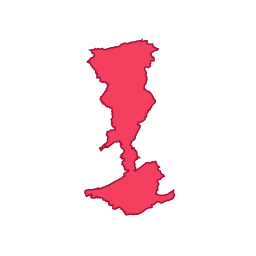 the district of Neiva, Huila, Colombia, rotated 224°
{"feature_id": "7082276B10918286355", "entity_name": "Neiva", "entity_type": "district", "adm_level": 2, "iso_a3": "COL", "parent_name": "Colombia", "parent_adm1": "Huila", "projection": "natural_earth1", "projection_center": [-75.303, 3.004], "detail": "fine", "context": "isolated", "style": "filled", "palette": "rose", "viewbox_px": 256, "rotation_deg": 224, "n_neighbors": 0, "source": "geoboundaries", "source_scale": "gbopen_adm2", "svg_char_len": 5878}
<svg xmlns="http://www.w3.org/2000/svg" viewBox="0 0 256 256"><g transform="rotate(224 128 128)"><path d="M134.1,93.8L131.7,93.0L131.8,95.8L131.4,97.6L131.9,99.2L130.8,98.6L130.2,99.0L130.3,99.7L129.2,100.0L128.0,108.7L125.9,110.7L125.9,111.7L125.2,112.9L124.8,113.0L124.1,111.9L122.8,112.3L122.2,111.5L122.1,112.4L121.0,111.9L120.6,110.1L120.3,109.6L118.4,109.2L117.1,109.6L114.7,109.1L114.8,108.6L114.0,107.6L114.2,103.8L113.8,103.7L113.3,104.5L112.9,104.3L113.3,101.8L111.9,102.2L111.4,101.5L110.6,101.9L110.6,102.5L110.3,102.4L110.3,102.8L109.3,103.3L108.3,102.2L108.6,99.8L107.1,97.6L105.9,98.4L104.9,98.0L104.4,97.3L102.8,97.3L102.3,96.3L100.7,95.7L100.5,96.8L98.8,97.0L98.5,98.0L97.9,97.6L97.7,96.9L99.0,93.9L99.2,92.4L98.6,91.7L96.9,90.9L97.8,89.2L97.6,87.5L98.4,86.2L98.7,84.4L100.3,80.2L102.4,72.6L103.2,71.3L103.9,69.1L104.8,68.0L105.0,67.0L106.9,63.7L107.3,64.2L107.7,64.1L109.2,61.0L111.1,58.5L113.8,55.9L115.0,53.5L115.1,52.9L114.1,51.6L110.6,50.1L109.8,50.8L109.9,51.6L108.8,53.0L108.9,54.3L108.3,55.1L107.4,54.7L106.8,52.4L105.1,52.7L104.4,53.8L103.1,54.6L103.2,55.9L101.8,56.5L102.2,57.2L100.3,57.6L100.1,58.7L99.1,58.7L98.6,59.5L97.3,59.9L96.1,59.0L95.4,59.2L94.1,60.4L92.6,60.0L92.5,60.7L91.7,61.0L91.7,61.4L91.0,61.3L90.5,61.7L90.2,61.1L89.2,60.8L89.2,60.1L88.0,59.6L87.1,59.9L86.7,60.7L86.3,60.6L85.1,62.1L84.5,61.8L83.3,59.7L82.5,59.6L81.2,60.4L80.4,61.8L80.6,62.3L80.3,63.3L79.8,63.3L79.9,64.2L79.3,65.2L77.2,65.3L77.0,65.0L76.4,64.9L76.3,65.3L75.2,65.6L74.6,65.3L74.4,65.6L74.1,65.4L73.8,64.7L73.8,65.3L73.4,65.4L73.2,64.8L71.7,64.8L71.4,65.4L70.4,64.4L69.9,64.6L69.7,64.1L68.7,64.5L67.8,65.8L67.8,66.5L66.7,67.0L65.9,68.2L64.4,69.2L64.1,69.9L63.6,69.9L63.1,71.1L62.4,71.5L62.2,72.2L61.5,72.2L60.9,73.0L61.0,73.6L60.1,75.2L59.0,78.9L58.9,81.4L58.4,83.2L57.0,85.8L55.6,87.3L56.0,88.2L57.6,88.8L56.2,90.9L55.9,93.7L56.1,94.6L54.7,96.3L52.7,96.7L51.6,97.4L50.5,101.0L49.4,103.1L48.6,104.0L46.7,108.2L47.7,111.7L48.5,112.5L50.8,113.1L51.5,114.0L52.0,115.6L52.0,114.0L53.1,110.0L53.3,108.0L55.4,104.6L57.7,102.2L59.3,101.1L62.1,100.0L62.0,100.5L63.6,102.2L64.1,103.3L63.5,103.9L65.4,105.9L66.5,106.6L66.4,108.0L66.8,109.0L68.4,109.7L70.3,109.9L70.3,111.7L69.0,113.6L69.6,115.0L68.4,118.6L70.1,118.8L70.9,118.3L72.8,118.3L75.3,119.5L76.2,118.9L77.7,119.0L78.5,119.3L78.7,120.1L78.1,121.6L78.6,121.8L81.6,121.2L83.0,122.5L84.0,122.5L84.8,123.2L86.0,121.1L87.1,120.7L87.0,120.2L87.4,119.9L87.3,118.9L87.8,118.0L88.9,117.7L90.6,115.6L91.0,114.6L90.8,113.6L91.4,110.9L91.2,109.5L91.6,108.8L92.8,102.6L93.2,102.1L94.0,102.1L94.4,104.4L96.7,105.2L97.7,106.3L97.7,106.6L99.3,107.5L100.4,108.8L100.4,110.2L100.0,111.4L100.4,111.5L99.8,112.1L100.4,112.9L99.2,114.6L101.7,114.3L102.8,115.0L103.2,114.8L103.6,115.5L105.6,117.1L106.5,116.5L107.1,116.7L107.4,117.3L107.9,117.0L109.5,117.4L109.6,117.9L110.1,117.7L110.5,116.8L110.4,115.9L110.8,115.8L111.1,116.5L111.5,116.5L111.6,117.0L112.7,117.2L113.1,117.7L114.7,117.5L115.4,119.9L116.2,120.5L115.4,124.4L115.8,125.6L117.0,127.1L120.1,137.4L120.8,137.9L120.9,137.7L122.4,138.1L122.5,137.6L123.1,137.0L123.9,137.0L123.9,139.6L122.4,141.9L121.8,145.9L123.0,147.2L122.6,148.2L123.0,148.8L123.0,149.9L124.7,150.8L124.7,153.7L125.1,154.4L125.5,154.2L125.9,154.6L125.8,155.3L125.1,155.8L124.8,156.6L125.7,157.2L125.5,159.3L126.4,160.7L126.3,165.6L127.1,166.5L128.5,166.6L128.9,167.1L129.7,166.9L131.1,167.2L131.9,167.9L132.5,167.8L133.1,168.4L134.9,168.4L135.7,168.9L137.0,168.4L137.6,168.8L138.7,168.7L139.6,167.7L142.9,167.8L143.1,167.3L143.6,167.8L144.1,167.7L146.1,170.7L146.0,172.2L147.6,174.8L147.7,175.8L149.5,176.9L149.7,177.7L150.3,177.5L151.1,178.2L152.5,178.5L152.7,180.2L153.9,180.9L156.2,181.3L157.3,182.0L157.7,183.1L157.5,184.5L156.6,185.3L155.2,185.7L154.9,188.2L156.5,189.2L156.5,190.2L157.7,191.1L158.1,192.5L155.9,194.3L157.2,195.9L158.8,196.7L159.1,196.5L159.0,195.9L159.7,195.7L160.5,196.2L162.4,196.6L163.6,198.6L163.0,200.2L162.7,202.3L161.2,203.9L161.0,205.0L161.2,205.9L162.4,205.2L166.8,204.2L168.6,205.5L170.2,203.6L172.9,202.0L174.0,202.8L174.5,204.0L175.0,204.0L175.9,203.2L178.1,199.8L178.7,199.6L179.2,200.7L179.3,199.9L182.2,196.2L182.8,194.5L184.5,192.9L185.0,191.7L185.9,191.0L186.2,189.3L187.4,187.9L189.7,186.5L189.9,184.7L191.0,183.6L190.7,182.0L191.2,180.5L192.6,177.9L193.2,177.8L193.8,177.1L194.7,175.0L195.9,174.1L196.9,171.8L198.0,170.5L198.7,168.5L199.7,167.7L202.0,167.2L202.9,165.1L204.7,164.3L205.0,162.9L206.7,162.5L207.0,160.8L209.3,157.7L207.9,158.1L205.6,156.9L204.4,157.6L203.0,157.3L201.9,154.5L202.8,153.5L203.4,151.9L203.1,151.0L202.7,150.8L203.3,148.5L203.1,147.3L202.2,147.4L201.7,148.3L201.0,148.0L200.6,148.7L197.9,147.3L196.7,147.9L195.5,146.8L193.7,147.4L192.9,146.7L192.1,147.0L190.6,146.5L190.0,145.6L189.6,145.7L189.0,145.1L187.8,145.6L187.5,145.1L187.0,145.2L186.7,144.0L185.4,142.6L184.7,143.2L184.1,143.3L184.0,144.4L183.7,144.6L181.6,143.9L181.2,142.8L180.3,142.2L178.4,143.4L178.2,143.2L176.3,145.2L175.8,145.1L175.2,145.5L175.0,145.1L174.0,145.6L173.1,145.1L172.8,145.5L172.3,145.3L171.9,145.0L171.9,144.1L171.5,143.9L170.8,141.3L169.3,139.7L169.9,139.1L169.8,138.1L169.3,136.9L169.3,135.0L168.6,133.1L169.2,131.6L168.5,131.2L168.3,129.6L167.6,129.7L167.1,129.0L166.3,129.3L165.3,128.5L165.0,128.8L164.5,128.4L164.0,129.0L163.8,128.4L163.0,129.0L162.5,128.3L162.2,129.0L159.8,128.6L158.7,129.1L158.4,128.6L157.1,129.2L156.6,130.4L155.1,129.9L153.5,131.0L152.3,130.4L151.0,128.6L149.7,128.3L149.2,126.8L146.8,125.7L146.3,124.7L146.0,122.5L145.6,122.6L144.1,121.1L143.5,120.9L143.2,120.2L142.6,120.6L142.1,119.3L141.5,119.3L141.2,118.6L138.4,118.5L137.9,118.8L137.7,119.5L136.5,117.7L135.9,117.9L135.9,117.5L138.9,114.6L139.2,112.3L140.3,110.8L139.6,110.6L139.3,108.6L138.4,108.0L136.1,107.8L135.2,106.0L133.4,104.1L133.0,101.4L133.0,100.9L133.6,100.3L133.8,97.3L133.2,96.0L134.5,94.3L134.1,93.8Z" fill="#f43f5e" stroke="#9f1239" stroke-width="1.5"/></g></svg>